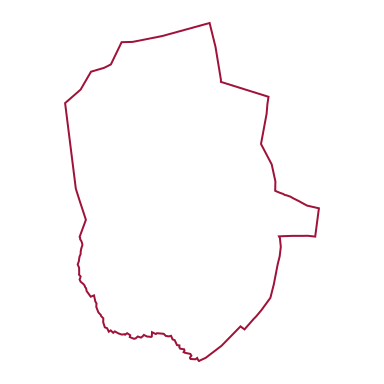 outline of Santa Inés del Monte, Oaxaca, Mexico
{"feature_id": "50627088B35228848025668", "entity_name": "Santa Inés del Monte", "entity_type": "district", "adm_level": 2, "iso_a3": "MEX", "parent_name": "Mexico", "parent_adm1": "Oaxaca", "projection": "natural_earth1", "projection_center": [-96.856, 16.922], "detail": "fine", "context": "isolated", "style": "outline", "palette": "rose", "viewbox_px": 384, "rotation_deg": 0, "n_neighbors": 0, "source": "geoboundaries", "source_scale": "gbopen_adm2", "svg_char_len": 1849}
<svg xmlns="http://www.w3.org/2000/svg" viewBox="0 0 384 384"><path d="M162.3,36.0L132.6,41.9L121.6,42.2L110.9,64.4L104.2,67.8L91.0,71.7L80.6,89.6L65.1,103.1L75.8,188.5L76.6,191.2L76.8,191.8L79.4,200.0L85.9,219.8L79.6,236.9L80.1,237.7L80.2,239.4L81.2,240.8L82.1,243.1L82.4,245.1L81.9,246.5L81.2,248.8L80.7,251.5L80.6,254.2L79.5,256.7L78.8,261.4L77.7,264.4L79.1,267.8L79.2,272.9L79.0,274.7L80.2,275.9L80.6,276.4L80.4,277.4L79.6,279.5L80.6,281.7L83.5,284.1L84.5,285.4L85.3,287.4L86.1,288.3L86.6,291.0L90.7,296.7L94.0,295.4L95.3,301.4L96.5,303.5L96.4,304.5L96.3,307.0L98.4,312.4L100.8,315.0L101.2,316.2L103.3,318.3L103.2,322.2L104.8,327.3L107.1,328.2L108.8,331.7L110.7,330.4L113.2,332.8L114.8,331.4L118.4,333.4L121.9,334.6L124.6,334.2L125.1,334.7L127.1,333.2L130.2,335.2L129.8,337.1L134.0,338.8L135.6,338.4L137.8,336.5L140.9,337.6L142.5,336.5L143.9,334.9L146.9,336.5L151.2,336.9L151.8,336.5L152.0,332.2L155.8,334.0L157.0,333.2L163.7,333.8L165.8,335.9L168.9,336.4L171.0,335.8L172.6,339.4L174.7,340.2L177.0,345.1L179.4,345.4L179.4,347.5L180.2,348.7L184.1,349.3L184.5,350.7L183.6,352.1L185.0,352.8L190.3,353.9L191.4,355.7L190.0,357.5L190.1,358.4L190.7,359.0L195.4,359.3L197.2,358.0L197.8,359.5L198.8,360.9L199.2,361.0L199.5,360.7L203.8,358.7L205.6,357.9L221.5,345.8L240.5,326.4L244.5,329.4L253.5,319.1L256.1,316.5L261.6,309.9L270.4,297.8L273.8,284.4L277.7,264.3L279.7,256.2L280.8,246.8L279.9,238.0L279.0,236.4L282.2,236.2L291.6,235.9L297.3,235.9L308.0,235.8L315.2,236.6L318.9,208.3L307.1,205.6L301.5,202.6L300.0,201.7L296.1,199.7L295.4,199.4L292.5,197.9L290.5,196.7L286.8,195.4L286.2,195.2L285.5,195.2L285.0,195.0L284.7,194.9L283.1,193.9L280.1,192.9L278.2,192.1L275.2,190.8L275.4,181.4L271.7,164.4L261.0,144.0L266.6,113.8L267.4,104.2L268.5,96.8L220.9,81.9L220.9,79.6L215.5,46.9L209.6,23.0L162.3,36.0Z" fill="none" stroke="#9f1239" stroke-width="2"/></svg>